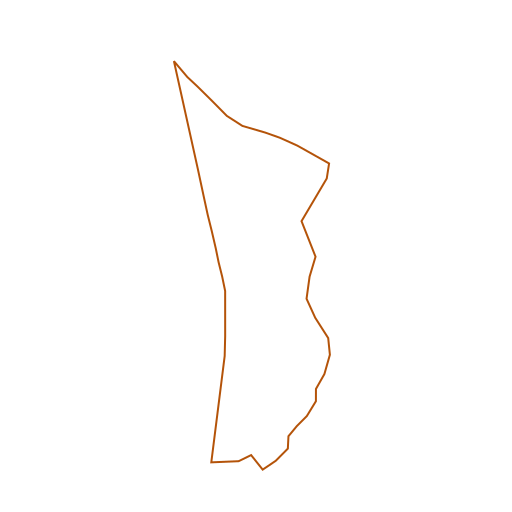 General Maynard, Sergipe, Brazil, rotated 256°
{"feature_id": "56859067B22941727243395", "entity_name": "General Maynard", "entity_type": "district", "adm_level": 2, "iso_a3": "BRA", "parent_name": "Brazil", "parent_adm1": "Sergipe", "projection": "robinson", "projection_center": [-36.973, -10.693], "detail": "fine", "context": "isolated", "style": "outline", "palette": "amber", "viewbox_px": 512, "rotation_deg": 256, "n_neighbors": 0, "source": "geoboundaries", "source_scale": "gbopen_adm2", "svg_char_len": 648}
<svg xmlns="http://www.w3.org/2000/svg" viewBox="0 0 512 512"><g transform="rotate(256 256 256)"><path d="M66.6,162.7L61.1,189.5L64.0,203.1L47.1,210.8L52.5,225.6L61.4,240.3L73.3,243.9L81.1,254.5L88.4,266.6L100.6,279.0L112.5,282.0L124.9,293.8L142.3,303.8L158.9,306.2L181.8,298.5L202.3,294.7L223.0,303.0L240.9,313.6L278.8,308.6L314.1,343.4L328.1,349.3L353.1,322.8L365.0,307.7L373.6,294.7L385.5,274.3L399.0,261.6L416.9,251.0L434.8,240.1L446.2,232.7L464.9,223.5L354.1,220.6L327.1,219.7L307.6,219.1L291.0,219.1L273.1,218.8L259.1,218.2L244.3,218.2L229.5,217.6L185.7,206.7L166.5,201.4L66.6,162.7Z" fill="none" stroke="#b45309" stroke-width="2"/></g></svg>